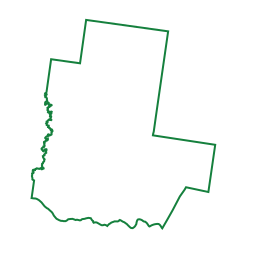 outline of Nuku District, Sandaun, Papua New Guinea, rotated 188°
{"feature_id": "67681753B13324685837362", "entity_name": "Nuku District", "entity_type": "district", "adm_level": 2, "iso_a3": "PNG", "parent_name": "Papua New Guinea", "parent_adm1": "Sandaun", "projection": "albers", "projection_center": [142.54, -3.723], "detail": "fine", "context": "isolated", "style": "outline", "palette": "green", "viewbox_px": 256, "rotation_deg": 188, "n_neighbors": 0, "source": "geoboundaries", "source_scale": "gbopen_adm2", "svg_char_len": 4718}
<svg xmlns="http://www.w3.org/2000/svg" viewBox="0 0 256 256"><g transform="rotate(188 128 128)"><path d="M39.3,123.5L102.3,124.2L102.3,125.5L102.1,127.2L102.0,128.1L102.0,128.3L102.0,142.8L101.7,229.3L184.5,229.2L184.5,185.4L213.7,185.4L213.7,161.4L213.7,152.3L213.8,152.0L213.9,151.5L214.1,151.2L214.6,151.1L214.9,150.8L215.0,150.1L214.8,150.0L214.6,150.0L214.1,150.5L213.8,150.5L213.2,150.1L213.2,149.7L213.7,149.1L214.7,148.3L214.4,147.8L214.2,147.1L213.4,147.3L213.2,147.1L213.0,146.6L212.4,146.1L212.3,144.7L211.9,144.2L211.9,143.4L212.2,142.9L213.0,142.7L213.3,142.3L213.5,142.0L213.6,141.1L213.4,140.7L212.9,140.7L213.4,140.1L213.4,139.6L212.9,139.5L212.7,139.7L212.4,140.3L211.9,140.8L210.9,141.1L210.6,141.4L210.6,141.9L210.4,142.1L209.9,141.7L210.1,140.6L210.0,140.4L209.6,140.3L208.8,140.3L207.7,140.4L207.1,140.2L206.8,140.0L207.0,139.6L207.5,139.5L208.0,138.8L208.6,139.0L209.1,139.0L209.3,138.7L208.6,138.1L208.8,137.8L209.6,137.8L209.7,137.7L209.8,137.5L210.6,136.7L210.5,136.4L209.9,136.0L209.9,135.3L210.3,134.9L210.2,134.4L209.8,134.3L209.3,133.6L209.5,132.5L209.2,132.3L208.4,132.3L208.2,132.5L208.1,133.1L207.9,133.3L207.0,133.2L206.1,133.6L205.8,133.5L205.8,133.3L206.3,132.5L205.9,132.0L205.9,131.6L206.2,131.2L206.4,131.2L206.7,131.7L207.1,132.2L207.3,132.2L207.8,131.5L207.8,131.4L206.9,130.3L206.9,128.5L206.7,128.4L206.2,129.0L205.8,129.0L205.7,128.7L205.6,128.4L206.1,126.9L206.0,126.2L205.1,125.6L205.0,125.4L205.2,125.1L205.6,125.2L206.4,125.0L207.3,125.5L207.6,125.2L208.7,123.9L208.7,123.6L208.5,123.4L208.6,123.1L208.8,123.0L209.5,122.9L209.5,122.4L208.9,122.4L208.5,122.1L208.6,121.9L209.6,120.9L208.8,120.1L208.8,119.5L206.8,119.3L206.7,118.7L207.3,118.1L207.3,117.8L206.6,117.8L206.3,117.5L206.2,117.1L205.4,117.1L205.2,116.9L204.7,115.8L204.4,115.4L203.6,116.1L203.3,116.0L202.8,115.5L202.3,114.5L202.4,114.3L203.0,114.5L203.2,114.4L203.3,114.2L202.8,113.5L202.8,113.3L203.2,112.7L203.2,112.2L202.9,111.9L202.8,110.9L203.1,110.6L203.7,110.3L204.6,109.6L204.8,109.6L205.1,109.9L205.1,110.4L205.6,110.7L206.1,110.6L206.4,110.3L206.5,109.5L206.2,108.8L206.2,108.3L207.2,108.4L207.5,108.3L208.6,106.9L208.6,106.5L208.2,106.1L206.8,105.8L206.0,106.0L205.8,106.0L205.7,105.3L205.8,105.0L206.6,104.2L206.9,104.1L207.5,104.3L207.8,104.0L208.0,102.9L208.9,102.8L209.2,102.6L209.2,101.8L209.0,101.2L208.4,100.7L208.7,99.9L208.5,99.4L208.1,98.9L208.2,98.1L208.5,97.6L209.2,97.7L209.2,97.1L209.7,96.9L210.2,96.2L210.4,96.1L210.7,95.6L210.7,95.3L210.3,94.5L209.5,94.3L209.1,93.9L208.9,93.3L208.4,93.2L208.2,93.7L207.5,94.4L207.5,95.1L207.1,95.1L206.9,94.9L206.4,95.2L206.5,95.5L206.2,95.7L205.7,95.5L205.6,94.7L205.8,93.6L206.1,93.1L206.2,92.5L205.6,92.0L207.2,90.2L207.4,89.8L207.0,89.2L208.2,88.4L208.4,88.3L208.2,87.6L207.9,86.9L207.2,86.3L207.0,85.8L206.7,85.8L206.2,85.4L206.2,85.0L206.5,84.4L206.4,83.2L207.3,82.4L207.3,81.3L208.1,80.7L208.1,80.4L207.9,80.1L207.9,79.5L208.1,79.2L207.7,78.3L207.8,77.6L207.1,77.3L206.9,77.1L206.8,76.5L206.0,76.5L205.9,76.3L206.0,76.0L207.3,75.9L207.5,75.6L207.4,75.2L207.6,75.1L207.8,75.1L207.9,75.3L208.5,75.5L208.9,76.0L209.2,76.0L209.9,75.2L210.4,75.1L211.1,75.3L212.0,75.2L212.4,75.4L212.9,75.3L213.2,74.7L213.4,74.6L213.9,74.6L214.4,74.1L214.3,73.5L215.9,73.5L216.3,73.2L216.4,72.2L215.7,72.0L215.5,71.8L215.3,70.5L215.6,70.1L216.4,70.0L216.7,69.7L216.3,68.1L216.5,67.1L215.8,65.4L215.6,64.8L215.5,63.7L215.2,63.5L214.4,63.3L213.7,63.0L213.7,45.2L213.1,45.3L212.4,45.1L211.0,45.2L209.7,45.3L208.5,45.1L207.2,44.6L206.2,44.2L203.3,42.3L201.0,40.1L199.6,38.8L198.3,38.0L197.1,37.3L195.9,36.9L194.2,35.7L191.8,34.1L190.7,33.0L190.0,32.0L189.2,30.9L187.9,29.7L186.2,28.2L185.1,27.8L183.2,27.1L181.3,26.7L180.1,26.9L178.7,26.8L176.8,27.1L175.5,28.1L174.5,29.3L172.3,29.9L170.3,30.3L168.8,30.0L167.0,29.6L165.8,30.1L163.5,29.9L162.8,29.8L161.8,30.2L161.2,31.0L160.3,31.5L158.4,32.0L157.7,32.3L157.2,32.6L154.7,33.5L152.3,33.5L151.6,32.6L150.6,31.5L149.6,31.0L149.4,30.0L148.8,29.4L147.5,30.0L145.9,30.1L144.0,29.4L142.4,28.7L140.7,28.1L139.4,28.2L138.7,28.5L138.0,28.9L136.5,28.8L134.9,28.1L134.8,28.3L134.6,28.6L133.2,30.4L132.2,31.1L131.4,32.0L129.7,32.9L128.2,33.7L127.3,33.8L125.4,34.0L124.3,34.5L123.8,35.4L123.3,35.8L122.7,35.6L122.0,35.4L120.3,34.6L118.4,34.1L117.0,33.3L115.9,32.8L114.4,31.6L112.2,30.0L111.0,29.4L109.4,29.5L108.1,30.7L107.3,31.8L106.9,32.8L106.4,34.0L106.4,35.4L106.2,37.1L105.9,38.1L105.4,38.8L104.2,39.2L102.7,39.1L100.9,38.5L100.2,38.0L99.1,37.6L97.9,37.6L96.3,36.6L95.4,35.7L93.9,34.0L93.4,33.6L92.9,33.5L91.1,34.9L89.3,35.9L87.8,36.5L85.8,37.1L84.3,37.2L83.0,36.5L81.9,35.4L80.5,33.7L80.1,33.4L76.1,43.3L72.4,52.7L67.1,67.5L63.4,74.7L62.3,77.4L39.5,75.8L39.3,123.5Z" fill="none" stroke="#15803d" stroke-width="2"/></g></svg>